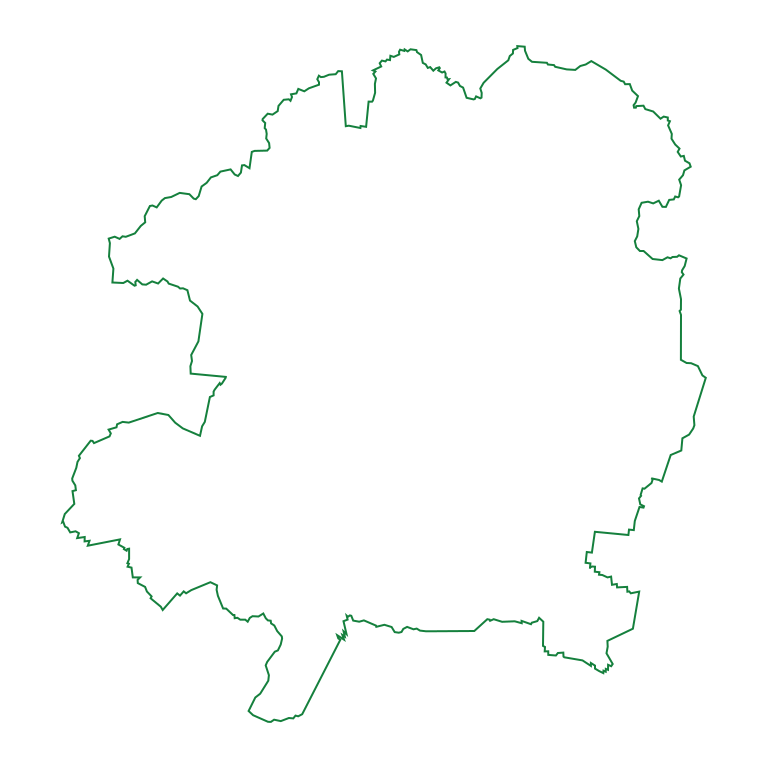 Atotonilco el Alto, Jalisco, Mexico
{"feature_id": "50627088B13476229601831", "entity_name": "Atotonilco el Alto", "entity_type": "district", "adm_level": 2, "iso_a3": "MEX", "parent_name": "Mexico", "parent_adm1": "Jalisco", "projection": "robinson", "projection_center": [-102.554, 20.541], "detail": "fine", "context": "isolated", "style": "outline", "palette": "green", "viewbox_px": 768, "rotation_deg": 0, "n_neighbors": 0, "source": "geoboundaries", "source_scale": "gbopen_adm2", "svg_char_len": 6000}
<svg xmlns="http://www.w3.org/2000/svg" viewBox="0 0 768 768"><path d="M400.1,49.7L399.0,51.8L399.3,54.4L393.8,56.9L390.4,55.8L390.0,60.1L387.0,59.6L385.5,61.4L381.9,60.6L379.7,63.2L381.2,66.5L373.0,70.4L375.4,71.5L373.3,73.9L376.0,78.4L374.9,83.9L375.1,92.8L372.9,100.6L372.0,101.7L368.6,101.6L366.1,126.8L360.6,126.0L360.4,128.0L348.8,125.7L345.8,126.2L341.9,71.3L338.2,71.1L335.7,74.2L329.1,74.7L323.9,76.8L320.9,77.1L318.9,75.7L317.3,79.2L319.0,82.2L319.0,84.7L308.9,88.3L304.3,91.3L298.3,88.9L296.4,93.4L291.0,94.3L292.0,97.0L290.5,100.8L288.8,99.3L283.7,99.8L278.5,105.9L277.7,111.1L272.5,114.6L267.7,113.7L262.7,119.0L262.5,120.3L265.2,123.0L264.7,128.1L266.0,129.6L266.7,133.9L266.2,138.5L269.1,143.1L269.6,147.9L267.2,150.6L254.6,150.9L251.8,151.9L249.5,168.2L244.4,165.1L242.0,165.4L240.9,172.6L238.0,176.0L234.7,174.5L230.6,169.4L220.4,171.6L217.3,175.2L210.9,177.4L206.7,182.8L201.6,186.5L198.7,196.1L195.8,199.2L193.7,198.6L189.4,194.2L179.7,192.9L171.2,197.0L164.9,198.1L161.7,200.6L156.7,207.4L152.5,205.5L149.9,206.0L144.7,216.2L145.2,222.3L140.8,225.9L134.9,233.4L125.8,236.8L122.5,236.3L119.6,238.9L114.7,236.7L108.7,238.6L109.9,243.1L109.0,256.6L113.4,268.6L112.4,282.5L123.3,283.0L127.5,280.7L134.5,285.7L135.7,285.3L135.3,282.0L137.1,279.9L142.3,284.4L146.1,284.7L152.1,281.4L158.1,283.5L163.1,278.5L167.5,281.5L168.7,283.6L178.0,286.7L180.1,288.5L183.0,288.3L187.4,290.2L190.0,300.6L197.6,306.5L202.4,313.9L198.4,341.4L191.2,355.0L192.0,361.0L190.4,366.2L190.7,373.6L225.8,376.9L225.7,377.7L221.9,383.6L220.5,384.7L219.7,383.1L214.7,389.6L213.6,391.6L213.6,395.4L209.9,397.0L204.8,421.9L202.1,426.3L200.0,435.8L182.8,428.4L175.2,422.7L168.4,415.0L157.7,413.0L128.8,422.6L122.6,421.9L117.1,424.3L116.5,427.3L108.6,429.6L110.8,433.4L109.5,436.4L94.0,443.1L92.5,440.9L90.7,440.7L78.9,455.8L79.9,458.1L77.5,461.9L76.3,467.8L72.2,478.5L72.4,480.7L75.3,485.4L75.9,490.2L72.5,491.1L74.3,503.9L64.8,514.0L62.2,522.3L63.2,521.7L65.0,526.6L67.5,527.8L70.2,532.4L75.6,531.3L78.9,533.2L77.2,538.1L84.7,537.0L84.6,541.4L89.5,540.8L87.8,545.7L120.0,539.4L118.4,544.5L124.4,547.8L123.9,549.1L126.6,550.7L127.3,549.0L129.1,548.7L129.1,559.1L127.4,563.2L128.9,563.7L127.6,566.7L131.5,567.6L132.8,577.4L140.1,577.4L137.6,579.9L137.8,583.1L145.1,586.9L146.9,591.5L151.6,596.4L150.6,598.3L160.8,606.7L162.7,610.0L177.2,593.4L180.0,595.6L183.7,591.4L186.1,593.3L191.3,590.1L210.4,582.2L217.1,585.4L216.6,589.8L217.9,595.8L223.1,608.5L226.2,608.6L233.0,615.0L234.4,615.0L234.7,618.2L237.4,617.8L240.3,619.7L245.3,619.7L247.7,621.7L249.8,617.9L252.5,616.2L258.5,616.5L263.3,613.5L265.8,618.3L267.9,620.4L270.7,620.7L271.1,623.4L274.3,625.5L277.2,631.1L281.8,636.4L282.1,638.6L280.7,644.6L277.9,650.4L274.8,651.7L267.2,661.9L265.7,665.4L268.9,675.2L268.3,680.7L260.2,693.7L255.3,697.5L248.6,711.0L253.1,715.2L268.0,721.8L270.9,721.9L274.1,719.7L280.8,721.1L288.9,718.0L293.3,718.4L295.5,715.6L298.2,716.3L302.2,714.2L340.3,639.8L338.3,638.4L337.2,635.2L344.0,639.6L342.4,635.0L344.8,636.6L343.6,631.4L346.5,634.1L343.5,621.2L347.6,619.6L346.7,615.7L347.9,616.8L349.9,615.4L351.3,615.8L353.2,620.6L359.2,621.7L363.9,620.4L376.0,625.6L376.3,626.8L384.4,624.8L391.6,627.0L394.7,632.1L398.8,632.7L401.5,632.0L403.3,628.9L407.1,626.9L413.5,629.3L416.7,628.6L420.0,630.6L426.2,631.3L474.3,631.0L487.3,619.2L489.7,619.7L490.1,620.8L493.7,619.2L502.1,621.8L514.7,621.3L521.7,623.2L521.6,620.9L531.0,624.2L531.8,622.7L537.3,621.1L539.1,617.8L543.3,621.7L543.0,645.9L545.0,647.0L544.7,651.4L548.2,651.3L548.3,654.9L555.9,655.5L557.9,653.0L563.3,652.6L563.5,656.6L564.3,657.3L582.5,660.4L590.9,665.9L590.9,663.0L595.0,665.6L595.0,668.6L599.2,671.1L603.3,673.1L603.5,670.7L605.7,671.7L605.8,668.9L608.0,669.8L608.1,664.8L611.2,666.2L612.7,664.0L606.5,653.3L607.7,646.7L607.4,640.9L632.9,628.7L639.2,591.6L630.8,593.3L629.2,591.4L627.4,591.7L627.1,586.9L617.1,587.4L616.8,584.0L612.0,584.8L611.1,576.6L607.5,577.4L602.3,575.0L599.0,574.7L599.4,572.2L594.8,571.7L595.0,566.7L592.2,566.5L590.1,567.4L589.9,568.7L590.4,563.4L585.6,562.8L586.8,552.0L591.9,552.6L594.9,531.8L628.4,535.0L629.0,529.6L633.8,530.1L634.8,521.0L639.5,507.0L643.5,507.6L644.0,506.2L640.3,504.4L639.0,498.4L641.1,495.8L640.6,495.0L642.6,488.4L644.5,488.7L651.5,483.0L652.7,479.4L651.3,478.3L659.1,480.0L661.8,481.6L670.7,455.0L681.3,450.5L682.4,438.3L689.1,434.6L693.2,428.5L694.4,425.2L693.7,416.6L705.8,377.8L702.4,375.4L697.9,366.1L691.1,363.2L686.6,363.0L680.9,359.8L681.0,314.9L679.6,311.0L680.9,309.7L681.0,299.2L678.9,288.6L680.3,278.5L683.5,274.6L681.8,272.2L682.1,270.3L684.7,266.0L686.6,258.5L679.0,255.3L677.1,256.8L672.5,257.0L670.6,258.3L667.5,257.3L662.4,260.1L652.6,259.0L643.6,251.0L639.9,251.0L636.3,247.3L634.8,241.1L637.2,236.4L638.4,228.9L636.8,221.2L639.3,216.1L638.7,209.3L641.6,202.8L648.0,201.7L653.2,203.4L658.8,200.7L662.4,206.8L665.9,206.9L669.2,199.9L673.8,199.4L675.2,196.5L678.1,197.3L679.1,196.5L681.1,185.2L679.2,179.6L683.0,175.2L684.4,170.4L690.7,166.7L689.5,163.3L685.0,160.7L683.8,155.9L680.8,156.5L677.7,151.9L679.5,148.6L675.2,144.5L671.5,138.7L671.8,133.9L668.1,125.4L669.9,121.2L667.8,120.5L667.8,117.5L663.7,116.6L660.5,118.7L653.2,111.5L645.3,109.1L643.5,105.7L636.3,106.1L635.8,107.7L634.1,107.7L633.6,105.2L635.6,102.6L638.0,96.1L632.2,90.6L629.8,84.1L625.1,84.2L623.7,81.6L620.7,80.8L605.8,69.6L591.3,61.1L585.7,64.5L580.3,66.0L575.3,69.9L566.7,69.4L555.2,66.8L554.0,65.1L547.9,64.5L546.9,62.8L532.0,61.8L528.3,58.8L525.0,50.7L524.7,46.7L517.3,46.1L517.5,48.1L513.1,49.9L512.9,53.5L509.8,56.0L508.3,60.3L497.3,69.0L483.6,82.8L480.3,88.5L481.7,92.9L481.5,97.6L480.4,98.3L476.1,96.4L474.8,99.0L473.6,99.4L466.6,97.8L463.1,87.6L459.9,85.9L458.1,82.6L455.8,81.9L450.4,85.4L446.5,82.7L449.0,79.2L447.6,79.4L446.9,77.5L445.5,77.4L445.6,73.5L444.5,71.5L442.1,72.5L438.3,70.4L439.8,68.1L439.3,67.3L436.0,68.3L433.3,70.7L430.2,67.1L427.8,67.9L425.7,64.4L422.8,62.9L421.1,55.0L417.0,52.1L416.4,50.1L410.5,49.3L407.7,51.4L404.6,49.4L404.3,50.9L400.1,49.7Z" fill="none" stroke="#15803d" stroke-width="2"/></svg>